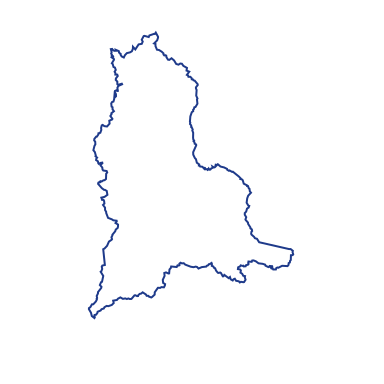 Pacaraima, Roraima, Brazil (Albers equal-area conic projection), rotated 194°
{"feature_id": "56859067B85330380756013", "entity_name": "Pacaraima", "entity_type": "district", "adm_level": 2, "iso_a3": "BRA", "parent_name": "Brazil", "parent_adm1": "Roraima", "projection": "albers", "projection_center": [-60.858, 4.166], "detail": "fine", "context": "isolated", "style": "outline", "palette": "blue", "viewbox_px": 384, "rotation_deg": 194, "n_neighbors": 0, "source": "geoboundaries", "source_scale": "gbopen_adm2", "svg_char_len": 6065}
<svg xmlns="http://www.w3.org/2000/svg" viewBox="0 0 384 384"><g transform="rotate(194 192 192)"><path d="M265.7,337.9L266.3,336.3L267.0,336.3L271.2,333.6L271.5,331.9L275.9,332.0L276.6,331.6L277.6,327.6L276.2,326.0L276.6,323.6L279.5,322.3L281.5,316.6L284.4,318.6L284.0,316.5L284.4,314.0L285.9,312.5L288.8,311.0L290.2,308.5L290.7,306.0L293.0,306.5L294.6,308.0L294.6,308.7L296.5,309.6L297.1,311.0L300.3,311.5L299.8,310.7L301.6,310.2L303.4,310.8L304.1,311.5L305.3,311.0L303.8,308.2L303.9,306.7L302.9,305.8L302.9,304.7L301.5,304.7L301.2,304.2L302.3,303.1L300.1,302.3L299.7,301.5L300.9,297.5L299.9,297.0L298.4,294.3L296.9,294.1L295.9,292.6L295.5,292.0L296.2,290.0L295.0,288.7L294.8,287.4L292.9,287.8L292.1,286.6L293.3,283.8L293.1,282.3L291.2,281.1L290.5,278.5L289.7,278.1L286.3,280.1L285.9,279.6L288.9,277.3L289.3,276.5L289.6,275.0L288.4,272.2L289.0,271.9L290.0,272.4L291.2,271.4L291.2,270.4L289.5,268.6L288.9,266.5L289.4,265.7L290.6,267.0L290.0,263.2L290.1,260.7L291.3,260.0L291.8,258.4L290.7,255.4L289.6,255.0L289.1,253.0L287.3,251.5L289.3,248.9L288.9,248.1L289.6,246.0L286.9,243.7L287.1,243.0L289.5,241.2L288.5,238.4L290.3,235.0L293.0,234.7L294.9,235.5L295.7,234.8L295.7,232.1L295.0,230.3L295.3,227.3L297.0,226.3L296.7,225.4L297.7,222.7L298.4,222.5L299.6,219.9L299.4,218.4L298.1,217.4L297.3,214.9L297.8,213.1L297.8,208.7L295.9,207.2L294.1,204.0L294.3,203.4L292.4,202.4L292.9,201.3L292.8,199.8L290.7,199.0L289.8,197.1L289.1,196.7L287.8,198.1L286.2,198.8L285.9,198.2L287.0,196.6L287.2,195.7L285.0,194.1L284.2,192.1L283.3,191.4L279.9,191.7L279.0,190.4L279.7,189.0L278.6,183.8L279.7,182.3L280.8,181.9L282.0,180.5L283.3,180.4L284.0,179.7L283.6,179.2L285.1,178.4L285.1,177.2L280.4,173.9L277.8,172.8L277.0,173.0L275.0,172.4L273.4,168.8L275.7,166.1L278.6,164.6L277.3,162.6L276.0,163.0L275.1,162.0L274.2,159.6L275.2,157.9L272.6,155.8L272.0,153.5L270.5,152.0L270.2,150.9L267.2,146.6L263.2,146.1L261.5,145.5L258.2,145.9L257.9,145.2L258.7,143.4L255.9,142.5L255.5,141.0L255.4,139.2L256.9,137.1L257.0,135.3L258.9,131.3L258.7,130.6L259.2,128.6L258.2,126.9L258.5,126.1L260.6,123.8L261.4,119.2L263.2,116.0L264.3,115.0L258.9,100.1L261.2,98.9L261.5,97.7L260.5,95.6L260.8,93.1L261.3,92.5L257.8,89.1L257.6,83.1L258.4,82.5L258.9,79.4L256.9,78.1L256.9,76.9L259.0,72.1L258.7,70.9L259.3,68.0L258.4,66.2L258.7,65.3L258.3,64.7L258.8,62.5L260.6,59.2L261.9,58.8L262.8,55.6L263.9,54.4L263.7,53.4L260.8,50.4L259.2,47.4L256.2,46.1L256.0,47.0L256.8,48.2L256.8,49.1L255.4,49.7L254.6,51.6L254.6,53.0L252.0,54.9L251.4,56.4L249.4,57.6L249.1,59.0L247.3,60.8L245.5,61.0L242.5,63.0L241.1,65.3L242.2,67.5L238.7,69.1L238.0,70.6L236.0,72.4L233.2,71.6L231.0,72.6L229.3,72.4L228.0,73.3L226.5,73.1L224.9,73.6L222.8,77.8L222.0,78.1L220.1,77.7L219.2,78.0L219.2,78.8L218.1,80.5L216.8,81.1L215.6,82.7L211.9,81.4L210.9,80.3L209.2,80.7L208.6,80.1L206.0,79.8L205.4,80.4L203.4,83.4L203.9,85.7L201.9,90.8L199.6,91.3L198.7,92.3L196.2,92.7L195.7,94.7L195.8,96.1L198.0,96.8L199.1,99.7L198.3,104.0L199.3,106.7L197.8,107.7L195.2,107.2L194.5,107.5L195.1,111.4L194.2,113.1L194.2,114.7L188.7,115.5L188.3,117.3L187.0,117.4L186.4,118.1L186.9,119.4L186.0,120.6L184.5,120.3L182.8,120.9L181.0,119.9L175.2,119.2L172.4,119.4L170.3,120.5L168.8,120.4L167.2,119.3L164.3,121.5L160.1,123.1L159.8,124.0L158.6,124.8L158.2,126.0L157.4,126.3L155.9,127.9L155.3,127.1L154.9,125.1L153.3,124.9L152.0,123.6L151.1,123.6L149.7,121.6L147.4,119.9L146.6,119.9L145.2,120.7L144.3,120.4L141.7,117.6L141.1,117.8L140.6,119.4L135.6,117.3L134.6,118.7L133.3,116.6L131.1,116.0L130.6,117.4L129.5,118.2L127.7,116.5L125.0,116.7L123.7,115.8L122.8,116.7L120.3,116.9L119.7,117.2L118.8,119.8L120.2,122.1L120.2,123.2L122.0,123.1L123.5,124.8L125.5,125.5L125.6,127.7L126.0,128.1L126.7,128.5L128.8,128.3L129.0,130.1L127.4,131.4L127.0,132.6L125.1,132.5L124.3,132.9L123.7,132.3L122.0,132.9L121.9,134.0L120.0,135.1L119.7,135.9L120.3,136.7L120.4,138.2L117.2,138.7L117.0,140.1L115.7,140.5L113.3,140.2L110.2,138.9L106.1,139.4L103.4,139.2L102.9,138.3L99.7,137.6L99.0,138.1L98.8,139.0L96.3,139.4L96.0,138.8L97.1,137.6L96.4,137.0L95.1,137.2L94.5,136.5L91.9,137.1L91.8,138.6L90.9,139.4L89.9,139.4L86.7,142.2L81.4,143.2L80.7,144.6L81.0,146.4L80.0,147.3L80.2,148.9L79.7,149.9L80.7,154.6L79.1,155.1L78.7,156.0L79.9,158.0L79.9,159.3L82.5,160.5L84.1,160.1L114.7,159.5L117.6,162.3L119.8,162.4L120.9,163.5L124.0,165.1L124.5,165.8L124.7,167.8L124.2,168.7L124.9,170.2L126.5,170.8L126.7,171.7L129.8,174.6L130.3,175.9L133.1,177.8L133.5,178.3L133.3,180.7L135.3,182.7L135.7,184.3L134.7,186.1L134.6,189.2L133.3,190.6L133.1,192.3L134.0,192.4L136.4,194.8L136.9,199.2L136.6,202.0L134.6,205.6L136.0,206.6L137.0,209.0L137.8,209.3L139.1,211.3L140.0,211.1L140.3,211.8L143.8,212.6L145.6,215.7L146.6,216.3L148.2,216.3L148.1,217.0L150.2,218.3L157.3,221.6L157.9,221.2L160.8,222.0L161.3,221.5L163.2,222.1L163.6,222.9L166.8,223.6L170.5,223.6L173.7,225.2L174.5,224.2L175.6,224.2L175.6,223.4L174.8,223.3L175.8,221.6L176.6,221.1L178.2,221.6L177.6,220.7L179.1,219.4L179.6,218.2L180.4,217.9L181.4,218.7L181.5,217.8L182.2,217.2L182.8,217.9L184.7,217.2L185.3,218.5L186.1,218.4L186.2,217.8L188.0,219.0L190.3,218.7L190.9,219.3L191.7,219.3L191.7,220.5L194.4,221.6L196.1,224.8L197.4,225.6L199.8,228.5L200.5,230.9L199.2,238.3L199.5,239.1L201.1,239.5L201.5,240.7L202.8,241.7L202.4,242.4L203.5,243.4L204.1,245.0L205.2,249.8L206.6,251.8L206.4,252.7L207.4,254.1L208.6,254.9L208.4,255.5L209.1,256.6L210.4,257.5L210.5,259.1L211.0,259.6L211.9,265.0L211.5,269.4L210.4,270.7L210.8,272.1L210.3,272.8L210.2,274.8L209.2,275.3L208.1,279.0L209.6,283.1L209.3,284.0L211.2,286.5L212.2,292.1L213.2,293.4L213.5,294.5L212.3,297.2L212.6,298.0L216.3,300.7L217.6,300.7L218.4,301.5L219.5,301.3L219.9,302.4L221.5,303.4L223.3,302.9L224.1,304.1L225.3,304.4L223.8,308.1L226.7,308.5L226.9,311.2L230.9,312.3L232.8,314.0L234.5,313.8L235.9,312.3L238.3,312.4L241.2,315.3L244.2,316.8L246.0,314.7L247.3,314.6L249.4,316.6L250.0,318.1L250.8,318.3L251.9,317.8L252.9,318.5L253.2,319.6L255.3,320.8L258.4,321.8L260.4,321.6L262.7,324.7L263.3,326.9L264.7,327.0L262.5,330.7L262.3,333.5L262.5,334.4L265.7,337.9Z" fill="none" stroke="#1e3a8a" stroke-width="2"/></g></svg>